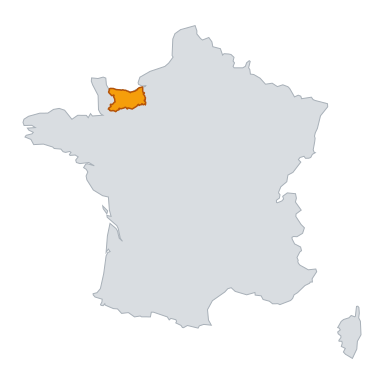 Calvados on a map of France (Mercator projection)
{"feature_id": "FRA-5275", "entity_name": "Calvados", "entity_type": "Metropolitan department", "adm_level": 1, "iso_a3": "FRA", "parent_name": "France", "parent_adm1": "", "projection": "mercator", "projection_center": [-0.269, 49.094], "detail": "fine", "context": "in_parent", "style": "filled", "palette": "amber", "viewbox_px": 384, "rotation_deg": 0, "n_neighbors": 0, "source": "natural_earth", "source_scale": "10m", "svg_char_len": 5713}
<svg xmlns="http://www.w3.org/2000/svg" viewBox="0 0 384 384"><path d="M315.3,152.7L312.4,154.3L310.7,157.5L308.8,158.2L305.5,158.3L304.0,156.3L300.0,157.5L298.4,159.6L300.8,162.1L292.9,172.4L287.9,175.1L286.8,181.7L280.9,186.7L278.7,191.9L278.6,193.0L280.0,194.7L279.4,198.1L276.4,200.3L276.5,202.4L277.3,202.8L281.8,201.0L283.6,199.0L282.7,196.3L287.3,192.9L295.5,193.7L296.4,198.2L295.4,202.0L301.2,210.1L296.1,213.9L295.8,216.4L301.1,224.5L304.4,227.8L302.6,233.3L297.0,236.7L293.5,236.5L292.0,237.3L292.1,239.0L294.6,243.9L300.6,247.0L301.5,250.7L299.8,252.0L297.0,257.5L298.2,260.3L297.8,261.5L298.4,263.3L300.0,265.2L308.3,269.8L315.8,269.0L316.7,271.7L312.1,278.8L312.4,282.0L310.1,282.1L309.7,283.2L305.0,285.5L297.5,292.7L294.1,294.8L292.6,298.5L290.6,300.5L279.9,304.6L277.9,303.7L272.6,303.8L269.4,301.2L263.1,299.5L261.1,295.8L255.2,295.1L254.9,292.5L246.7,294.8L235.2,291.4L231.2,287.7L227.8,288.7L224.8,292.0L212.4,300.7L207.5,309.7L208.5,320.1L211.3,325.2L203.7,324.4L199.3,325.9L198.1,328.1L187.4,325.5L183.5,327.7L182.4,327.5L181.0,325.4L175.8,322.9L176.6,321.2L175.8,319.7L170.9,318.4L169.2,319.9L167.3,316.9L153.5,312.2L151.3,312.2L150.4,316.9L141.5,316.8L140.2,316.0L134.5,316.9L128.4,312.6L121.6,313.4L117.5,308.9L113.4,308.6L107.7,306.2L105.1,305.0L104.8,303.7L103.1,305.7L101.0,305.3L100.5,304.6L101.9,302.1L102.2,299.2L95.0,297.0L93.2,294.9L93.1,293.7L97.0,292.7L100.4,288.6L103.7,273.7L106.1,255.9L107.8,252.5L110.1,251.6L108.3,249.1L106.1,252.4L107.4,235.9L110.0,223.4L116.0,228.5L117.4,230.8L119.2,238.2L122.5,241.3L120.3,238.3L118.2,228.4L116.8,225.6L107.2,217.3L106.9,215.4L111.1,216.4L109.4,210.1L108.4,197.0L102.6,195.7L93.3,190.0L86.9,179.9L86.1,176.0L87.8,172.0L86.3,169.4L83.6,167.6L85.7,164.2L87.6,163.8L94.3,165.8L88.8,162.5L79.9,163.6L76.4,162.5L75.7,160.0L78.2,156.9L75.2,155.0L70.1,155.4L69.4,154.6L71.0,152.3L69.7,151.5L65.5,152.4L63.1,151.7L60.9,149.1L54.2,148.5L52.7,147.0L43.4,144.1L33.7,144.6L30.9,139.4L25.0,137.0L26.2,135.3L32.1,133.8L33.3,132.3L28.9,130.2L27.4,128.1L35.3,127.6L31.8,125.3L24.1,125.5L23.0,122.4L24.0,119.2L28.5,116.3L39.7,113.2L47.8,113.1L53.5,109.4L59.2,108.4L64.6,110.2L71.9,119.3L77.7,115.3L86.4,115.4L88.2,117.7L90.5,113.6L92.4,116.0L103.0,115.2L100.5,113.6L98.5,109.7L98.1,95.4L92.7,85.0L91.3,81.2L91.6,77.9L98.0,78.5L103.2,77.1L105.8,78.1L106.4,84.8L108.6,88.7L123.2,89.9L131.6,92.0L138.7,88.2L145.3,86.5L145.8,85.6L142.0,86.0L138.5,84.3L138.1,82.5L139.9,77.2L150.0,71.4L164.9,66.4L168.7,63.1L173.1,57.1L172.1,55.5L172.8,39.0L175.0,33.6L180.6,29.6L195.1,25.6L196.9,30.9L196.8,33.9L200.6,38.6L202.5,40.0L208.8,37.5L211.9,41.8L212.8,46.7L220.4,48.7L222.6,55.1L224.0,53.7L228.7,54.0L231.0,54.5L234.0,57.3L233.1,61.1L234.5,62.9L233.1,66.4L234.1,67.8L242.8,67.8L245.4,66.3L246.6,62.8L249.2,60.7L250.2,61.4L248.6,67.8L249.8,69.5L250.4,74.1L253.7,74.5L260.1,78.2L265.5,84.2L272.2,83.2L277.4,86.6L282.8,84.8L287.9,86.7L289.7,88.5L294.5,96.9L298.2,95.2L300.8,96.2L301.6,98.7L311.4,97.2L313.1,99.6L315.2,100.5L327.5,103.7L327.7,106.8L320.5,115.8L317.4,128.4L315.3,132.8L314.5,136.1L315.1,138.3L314.7,141.7L313.2,149.8L314.1,152.2L315.3,152.7ZM359.3,313.2L358.7,317.9L360.4,321.3L361.0,334.8L357.4,341.3L356.8,349.1L352.4,358.4L345.5,354.3L343.4,352.0L345.3,348.4L341.3,346.5L342.3,343.1L341.8,341.3L339.0,341.2L338.9,340.3L340.9,337.6L340.9,335.9L338.2,333.8L337.7,332.0L340.3,329.9L339.1,328.0L337.7,327.6L341.2,321.4L343.6,319.5L349.0,317.8L351.2,315.5L354.8,316.8L355.4,316.2L356.5,306.4L357.8,306.2L358.9,307.5L359.3,313.2ZM107.7,210.9L106.8,213.8L103.2,208.7L102.7,205.9L107.7,210.9Z" fill="#d9dde1" stroke="#a8b0b8" stroke-width="1"/><path d="M109.1,90.2L109.4,90.1L109.4,89.9L109.2,89.5L109.4,89.0L109.8,88.6L110.2,88.4L113.3,88.5L116.1,89.6L120.1,89.9L121.1,90.2L121.7,90.2L122.6,89.8L123.1,89.9L124.2,90.3L125.8,90.3L126.2,90.5L126.9,91.0L128.1,91.3L130.3,92.6L130.9,92.1L134.7,91.2L135.8,90.6L136.4,90.1L137.0,89.9L137.2,89.7L137.7,88.9L139.3,87.7L142.3,87.0L142.5,87.1L142.7,88.5L142.7,89.6L142.7,90.1L142.7,90.5L142.7,91.1L142.7,91.4L143.0,92.1L143.2,92.3L143.4,92.5L143.9,92.5L144.1,92.6L144.3,92.8L144.4,93.0L144.3,93.3L144.1,93.4L143.8,93.6L143.5,93.7L143.4,93.7L143.4,93.8L143.4,94.1L143.5,94.4L143.6,94.6L143.8,94.8L144.0,95.0L144.6,95.7L144.8,96.6L145.0,97.1L145.4,97.8L145.5,98.0L145.4,98.3L145.2,98.5L145.1,98.9L145.2,99.2L145.3,99.6L145.3,99.8L145.3,100.0L145.2,100.1L144.6,100.0L144.4,100.1L144.3,100.4L144.3,100.6L144.4,100.9L144.5,101.1L144.7,101.3L145.3,101.8L145.6,102.1L145.6,102.4L145.7,102.6L145.6,103.0L145.6,103.4L145.6,104.0L145.5,104.4L145.3,104.7L144.8,104.1L144.4,104.0L143.6,104.7L143.2,104.7L142.8,104.6L142.4,104.3L142.2,103.8L141.8,103.8L141.6,104.1L141.4,104.5L141.1,104.8L140.9,104.8L140.0,104.8L139.8,104.9L139.4,105.3L139.1,105.4L139.0,105.2L138.7,104.6L138.5,104.4L138.0,104.6L136.8,106.2L132.2,109.0L128.2,107.9L127.8,108.0L127.7,108.1L127.7,108.4L127.7,108.6L127.6,108.8L127.3,108.9L127.2,108.8L126.8,108.6L126.1,107.7L125.8,107.4L125.1,107.3L123.9,108.0L121.0,108.8L120.6,108.7L119.8,108.4L119.3,108.3L119.2,108.4L119.0,108.5L118.9,108.7L118.9,109.0L119.0,109.3L119.1,109.6L118.7,109.9L117.2,110.3L116.8,110.6L116.1,111.4L115.6,111.6L114.3,110.9L112.9,110.5L112.0,110.8L110.8,110.8L109.7,110.4L109.5,110.1L109.5,109.5L109.3,109.4L108.4,109.1L108.5,108.6L108.8,108.1L109.5,107.4L110.5,107.0L110.8,106.7L111.0,106.4L111.0,106.1L110.9,105.9L110.6,105.7L110.4,105.3L110.3,104.9L110.5,104.4L110.9,104.2L111.9,104.5L112.3,104.4L113.0,103.8L114.4,102.2L115.1,101.8L114.9,101.2L114.6,98.8L114.5,98.5L113.8,97.2L113.7,96.8L113.7,96.5L114.0,95.7L114.0,95.4L113.9,95.2L113.7,95.1L112.3,95.6L111.7,95.6L109.0,92.8L108.6,92.0L108.8,91.4L109.1,90.9L109.1,90.2Z" fill="#f59e0b" stroke="#b45309" stroke-width="1.5"/></svg>